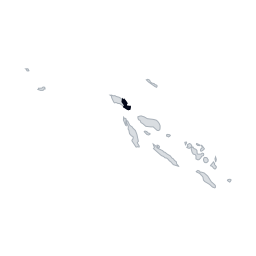 West Makira, Makira, Solomon Islands (highlighted), rotated 186°
{"feature_id": "97153195B7459502303210", "entity_name": "West Makira", "entity_type": "district", "adm_level": 2, "iso_a3": "SLB", "parent_name": "Solomon Islands", "parent_adm1": "Makira", "projection": "orthographic", "projection_center": [161.497, -10.428], "detail": "fine", "context": "in_parent", "style": "filled", "palette": "ink", "viewbox_px": 256, "rotation_deg": 186, "n_neighbors": 0, "source": "geoboundaries", "source_scale": "gbopen_adm2", "svg_char_len": 5911}
<svg xmlns="http://www.w3.org/2000/svg" viewBox="0 0 256 256"><g transform="rotate(186 128 128)"><path d="M98.8,128.7L103.1,131.8L104.9,131.5L110.4,131.5L113.7,133.8L115.7,134.8L116.8,136.8L118.1,137.2L118.9,138.2L119.4,140.1L117.4,141.1L116.1,141.4L112.9,140.7L109.8,139.3L103.7,139.2L100.9,138.8L99.9,138.2L99.0,137.5L97.5,135.8L96.4,133.8L96.2,132.6L96.1,130.3L96.4,129.4L97.6,128.6L98.8,128.7ZM118.0,109.9L122.8,115.7L122.6,116.8L122.0,117.4L121.8,119.4L122.4,120.1L123.7,120.5L125.9,122.5L126.9,125.9L127.8,127.0L127.8,129.5L129.9,132.8L130.1,134.5L129.9,135.2L129.0,134.8L126.5,130.9L123.7,129.3L123.3,128.6L120.4,126.3L118.5,122.6L116.3,115.9L117.3,114.3L114.9,111.1L115.0,110.2L116.8,110.4L117.1,110.0L118.0,109.9ZM100.6,112.9L101.3,114.7L98.7,113.1L96.7,111.1L91.1,109.0L89.9,107.9L88.9,107.8L86.0,106.0L83.2,104.8L81.0,102.6L79.9,102.2L78.2,100.5L76.4,99.4L75.8,97.3L74.1,95.8L73.7,95.2L79.1,96.3L81.6,98.6L83.7,99.9L84.4,100.8L86.3,102.1L88.0,102.2L89.8,103.5L91.3,103.8L92.6,104.5L100.5,110.2L99.6,111.8L100.6,112.9ZM136.6,150.3L139.0,151.5L140.4,151.3L142.5,152.1L144.1,151.6L145.1,152.6L147.5,156.6L147.6,157.9L149.2,158.8L147.8,159.0L145.9,158.5L144.4,158.8L142.9,158.1L140.2,157.7L138.0,156.7L133.2,153.8L133.2,152.3L132.5,151.6L132.2,149.8L130.5,149.2L128.5,149.1L128.4,148.3L128.7,146.8L130.2,146.8L132.0,147.4L136.6,150.3ZM55.0,91.3L55.6,91.9L54.1,93.1L52.1,92.5L51.6,91.5L50.3,91.8L47.5,91.2L43.7,88.5L39.6,83.3L35.7,80.5L35.0,79.6L34.9,78.1L35.4,77.5L37.8,78.1L40.9,80.4L46.1,82.8L47.5,84.1L48.4,87.1L49.3,88.0L52.0,90.3L55.0,91.3ZM60.4,108.9L61.7,110.5L63.1,114.1L62.9,115.3L61.9,115.4L61.6,116.1L60.2,114.4L58.4,114.0L57.1,112.9L56.5,109.5L55.5,109.3L52.5,109.7L51.6,110.8L50.2,110.5L49.9,109.5L50.1,108.5L51.9,107.5L52.3,106.2L54.0,104.0L55.1,103.6L57.2,104.4L57.5,107.5L58.3,108.5L60.4,108.9ZM114.8,177.8L113.5,178.5L112.3,178.2L111.4,177.7L110.6,176.2L109.0,175.2L106.7,174.9L105.5,173.9L103.9,173.6L103.4,172.8L103.6,172.0L103.8,171.5L105.3,171.9L112.4,175.9L114.8,177.8ZM39.7,103.0L39.3,103.3L38.7,102.2L38.2,101.9L38.2,100.7L36.2,98.9L36.1,97.6L37.2,96.2L38.7,97.0L40.2,98.6L42.0,99.1L41.6,100.1L40.1,102.1L39.7,103.0ZM49.4,106.0L48.6,106.8L46.5,106.7L44.9,104.7L44.9,103.2L46.1,101.8L47.7,101.6L48.5,102.1L49.3,103.2L49.6,104.7L49.4,106.0ZM67.2,117.5L65.3,119.0L63.9,118.5L62.8,117.2L63.3,115.2L64.4,114.8L65.0,114.1L67.1,114.6L67.6,115.0L66.4,116.0L67.1,116.7L67.2,117.5ZM221.1,158.2L217.9,158.6L216.7,159.9L215.1,159.8L214.6,158.6L214.6,158.1L215.4,158.2L215.9,157.0L216.8,156.5L219.0,156.3L221.7,156.9L221.0,157.9L221.1,158.2ZM133.4,135.5L133.5,138.3L132.0,136.7L131.4,137.3L130.7,136.6L130.9,133.3L129.9,130.2L130.7,130.5L133.4,135.5ZM53.3,118.2L53.3,118.5L52.3,118.0L49.9,115.4L50.3,114.5L52.4,112.7L53.1,112.5L53.7,113.6L53.2,115.1L52.5,115.5L52.2,117.0L53.3,118.2ZM106.8,123.2L108.5,123.5L111.5,126.0L110.8,126.8L109.4,126.4L108.9,126.6L108.5,125.7L107.0,125.0L105.6,124.9L105.5,124.0L106.8,123.2ZM88.0,125.8L85.7,125.6L85.1,124.9L85.9,124.0L86.9,123.3L87.7,123.9L88.8,124.0L88.9,125.3L88.0,125.8ZM23.2,87.2L21.2,87.7L20.0,87.1L20.6,85.6L21.2,84.8L23.6,86.1L23.2,87.2ZM97.5,113.8L96.6,114.1L95.3,113.4L94.7,112.7L94.9,111.7L95.7,111.3L96.6,112.0L96.7,112.7L97.5,113.8ZM236.0,176.1L234.3,176.4L233.6,176.3L232.5,174.6L233.4,174.2L234.6,174.4L234.9,175.4L236.0,176.1ZM58.3,119.0L58.2,119.7L57.1,119.5L54.7,118.5L54.6,118.0L56.0,117.9L57.0,118.0L58.3,119.0ZM38.3,106.4L37.9,108.4L36.9,106.0L37.1,104.0L37.4,103.7L38.3,106.4ZM70.0,119.7L68.5,120.2L68.1,119.4L69.1,117.3L70.0,119.7Z" fill="#d9dde1" stroke="#a8b0b8" stroke-width="1"/><path d="M136.5,153.5L132.9,149.4L134.2,149.0L134.1,148.9L134.1,148.6L133.9,148.7L133.7,148.5L133.6,148.4L133.5,148.2L133.4,148.2L133.2,148.0L132.9,147.9L132.6,147.8L132.4,147.6L132.2,147.6L131.9,147.5L131.8,147.3L131.6,147.2L131.3,147.1L131.2,147.1L131.1,146.9L130.8,146.8L130.5,146.7L130.3,146.6L130.2,146.6L129.8,146.5L129.4,146.4L129.3,146.5L129.2,146.7L129.1,146.8L128.4,146.8L128.2,146.9L128.2,147.0L128.1,147.5L128.3,147.8L128.1,148.0L128.1,148.3L128.1,148.5L128.0,148.8L128.1,149.0L128.1,149.4L128.3,149.3L128.5,149.4L128.6,149.5L128.8,149.5L129.0,149.5L129.4,149.6L129.5,149.6L129.6,149.3L129.8,149.3L130.0,149.3L130.3,149.4L130.5,149.4L130.5,149.5L130.8,149.6L130.9,149.8L130.9,149.7L131.0,149.7L130.9,149.6L131.0,149.5L131.3,149.6L131.5,149.8L131.9,149.9L132.0,150.0L132.0,149.9L132.1,150.0L132.3,150.1L132.4,150.3L132.2,150.3L132.2,150.5L132.2,150.8L132.0,151.1L131.9,151.1L132.0,151.1L132.3,151.1L132.2,151.0L132.4,151.1L132.5,151.1L132.5,151.3L132.4,151.3L132.3,151.2L132.2,151.3L132.2,151.5L132.3,151.5L132.2,151.7L132.1,151.8L132.1,152.0L132.3,152.1L132.4,151.9L132.5,152.0L132.5,151.8L132.8,151.7L132.9,151.8L132.7,152.0L132.8,152.2L132.9,152.3L132.8,152.2L132.8,152.3L132.7,152.4L132.8,152.4L133.0,152.4L132.9,152.6L132.8,152.8L133.0,152.9L132.9,152.9L133.0,153.0L132.9,153.0L132.9,153.3L132.7,153.3L132.7,153.5L132.8,153.6L132.7,153.8L132.8,153.9L132.9,154.0L132.9,153.9L133.0,153.9L133.1,154.0L133.3,153.9L133.2,153.8L133.2,153.7L133.3,153.8L133.4,154.0L133.4,153.9L133.5,153.8L133.6,153.7L133.8,153.7L133.8,153.8L133.9,154.0L134.0,154.0L134.3,154.1L134.2,154.1L134.1,154.3L134.3,154.3L134.5,154.3L134.6,154.6L134.4,154.6L134.5,154.6L134.6,154.8L134.8,154.9L134.7,155.0L134.8,155.0L134.8,155.3L134.9,155.2L135.0,155.2L135.0,155.3L135.1,155.2L135.2,154.8L135.4,154.8L135.5,154.9L135.4,154.9L135.4,155.0L135.5,155.0L135.5,154.9L135.6,155.0L135.4,155.2L135.4,155.3L135.4,155.2L135.5,155.2L135.8,155.3L135.6,155.4L135.6,155.5L135.8,155.7L136.0,155.5L135.9,155.7L136.0,155.8L136.0,155.7L136.1,155.4L136.3,155.5L136.5,153.5ZM132.8,153.1L132.8,152.9L132.7,152.8L132.6,152.7L132.5,152.8L132.6,153.0L132.4,153.0L132.2,153.0L132.3,153.1L132.5,153.2L132.8,153.1L132.8,153.1ZM129.9,149.6L129.8,149.4L129.7,149.4L129.8,149.5L129.9,149.6ZM131.8,150.9L131.8,151.0L131.8,150.9Z" fill="#0f172a" stroke="#020617" stroke-width="1.5"/></g></svg>